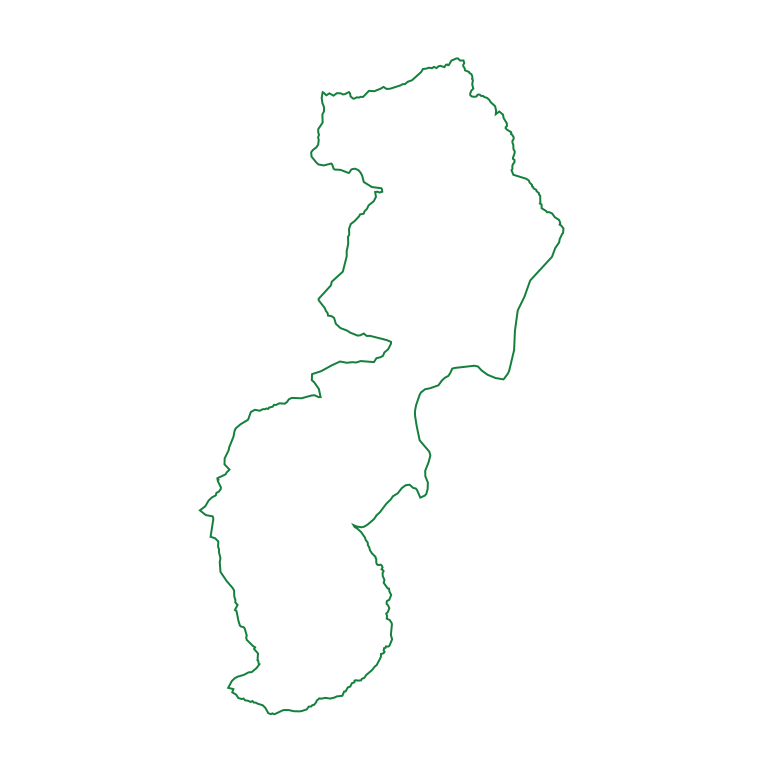 outline of Une, Cundinamarca, Colombia, rotated 171°
{"feature_id": "7082276B23040184298460", "entity_name": "Une", "entity_type": "district", "adm_level": 2, "iso_a3": "COL", "parent_name": "Colombia", "parent_adm1": "Cundinamarca", "projection": "mercator", "projection_center": [-74.093, 4.305], "detail": "fine", "context": "isolated", "style": "outline", "palette": "green", "viewbox_px": 768, "rotation_deg": 171, "n_neighbors": 0, "source": "geoboundaries", "source_scale": "gbopen_adm2", "svg_char_len": 6104}
<svg xmlns="http://www.w3.org/2000/svg" viewBox="0 0 768 768"><g transform="rotate(171 384 384)"><path d="M453.5,405.0L454.7,399.1L452.6,396.5L449.1,389.2L448.7,381.0L450.8,381.3L453.9,383.6L457.1,384.0L467.8,382.8L477.2,384.7L480.3,383.8L482.6,381.4L485.0,380.1L490.4,381.3L493.9,380.2L496.0,380.6L497.5,379.0L501.1,378.7L502.3,377.5L503.9,378.2L505.5,377.7L507.7,378.1L510.8,377.0L515.5,378.7L519.9,377.2L523.8,370.0L532.1,366.6L537.5,363.3L539.1,360.6L540.9,355.5L546.7,345.9L547.9,342.7L553.0,335.5L554.1,329.6L550.0,323.6L553.2,321.3L554.7,319.5L563.3,317.0L563.4,316.1L562.5,315.2L563.4,314.3L561.3,307.5L561.7,305.7L564.1,303.4L566.5,302.7L567.6,300.3L571.7,298.9L575.5,296.3L579.6,291.2L585.6,288.0L580.5,282.4L574.0,280.1L573.6,277.6L579.2,260.2L575.0,258.1L572.3,254.4L573.4,248.9L572.8,247.0L573.3,243.7L572.8,237.5L574.1,233.9L574.9,224.0L570.3,214.1L565.4,206.2L564.4,203.5L565.1,197.6L564.6,193.9L565.0,191.5L563.2,188.7L566.6,184.1L565.2,182.8L564.8,172.6L564.1,168.0L563.3,166.9L560.7,165.8L559.8,164.2L558.9,156.9L559.8,155.2L559.6,152.8L554.5,145.8L552.5,144.1L553.8,142.7L550.6,137.5L552.1,131.1L551.7,131.0L551.4,127.0L550.9,126.7L554.4,123.3L559.8,120.1L562.8,120.4L568.0,118.6L574.5,117.8L577.3,116.8L580.7,114.5L585.4,108.3L580.5,106.2L582.1,103.2L578.6,100.3L577.0,96.6L573.7,95.1L572.0,95.3L570.7,93.3L568.0,92.5L565.4,90.8L563.5,91.4L562.3,89.7L560.3,89.3L559.0,88.1L554.1,85.7L551.8,82.6L549.8,77.0L547.6,75.7L545.6,76.1L544.5,75.1L543.4,75.1L535.1,77.5L533.4,77.6L529.0,76.8L523.9,74.8L517.9,73.8L515.5,74.0L511.2,74.7L508.9,77.1L506.3,76.9L505.0,78.0L503.3,78.0L500.7,80.4L500.1,81.7L497.0,83.6L495.2,83.0L491.1,83.2L486.3,81.7L481.7,82.1L479.6,82.8L473.9,82.6L471.5,86.5L470.0,86.4L467.2,90.0L464.7,90.4L462.5,93.5L459.9,94.0L459.5,95.6L458.4,95.9L456.1,95.1L453.0,94.9L452.1,96.2L449.5,96.8L446.9,99.5L440.9,103.1L437.0,106.6L435.2,107.5L429.8,114.8L429.2,117.8L426.7,118.1L425.4,119.3L426.0,121.0L425.2,123.1L423.8,123.2L423.1,124.5L420.8,124.0L419.7,124.4L415.9,130.6L416.5,134.9L413.8,145.3L413.8,146.7L415.3,150.0L418.0,151.8L417.3,154.4L417.7,156.9L415.8,158.3L413.8,161.8L414.7,164.9L415.8,166.4L415.7,167.6L414.9,169.3L412.6,170.0L409.9,174.5L411.1,178.1L411.1,181.1L412.4,181.6L415.4,187.7L414.2,190.4L415.3,194.5L414.9,197.8L413.7,199.1L413.8,199.9L415.4,201.4L414.1,203.1L414.5,204.8L415.5,206.0L418.2,206.1L419.2,207.1L419.6,208.9L419.0,212.5L419.6,213.4L419.4,214.6L422.4,218.6L423.9,222.1L424.1,224.9L425.1,227.4L424.9,230.0L426.5,232.9L426.8,235.2L429.7,241.2L433.0,245.4L435.4,247.4L436.2,249.4L433.4,247.6L428.6,246.0L425.9,246.2L422.2,247.7L414.9,252.2L411.9,255.5L408.1,258.0L400.5,265.3L395.2,269.1L392.8,271.7L387.5,273.9L382.7,278.4L378.5,280.6L374.5,280.5L371.3,276.7L368.9,275.8L368.0,274.3L365.9,266.1L361.4,267.3L359.5,268.6L357.3,273.5L356.1,279.8L357.6,286.3L356.9,291.8L352.4,299.4L349.4,306.0L349.8,310.0L357.6,322.8L358.3,337.6L358.3,347.7L357.7,352.3L355.6,358.1L350.4,367.9L348.8,369.9L344.2,372.4L339.2,372.6L330.4,374.2L326.2,378.5L322.5,380.8L319.4,381.8L317.1,384.1L314.2,388.5L311.7,388.8L291.9,387.9L288.5,386.6L285.3,381.9L280.1,376.8L272.8,372.4L265.3,369.9L264.6,370.4L259.9,375.0L258.3,377.5L250.2,397.1L246.4,415.9L240.4,435.8L231.7,448.1L223.4,463.4L198.2,483.3L193.6,491.5L188.9,496.4L187.8,499.6L184.5,504.4L183.5,505.2L182.4,509.5L184.2,512.8L185.6,513.9L184.7,515.3L185.4,518.6L189.2,522.0L191.2,526.1L194.0,527.9L196.1,528.1L196.8,529.5L200.8,532.9L200.3,536.7L201.8,537.9L201.1,539.2L200.3,545.6L201.2,546.8L201.1,548.2L203.1,550.5L203.3,552.0L205.6,553.7L205.8,555.1L206.8,555.9L206.7,557.6L208.6,560.1L209.2,562.4L211.3,564.4L223.5,570.4L224.6,575.2L223.5,576.3L223.2,579.0L222.4,580.8L220.5,582.5L220.2,583.9L220.1,585.0L221.3,586.0L221.4,586.9L218.8,591.8L218.5,593.3L219.4,595.8L218.9,599.8L219.4,602.5L219.0,604.3L217.8,605.4L217.3,607.3L218.5,610.3L219.4,610.9L219.0,612.8L222.8,616.0L223.9,617.8L223.5,618.7L222.3,619.4L221.9,622.3L224.3,628.0L224.3,631.4L227.5,635.1L231.4,633.0L230.5,636.5L230.8,641.0L234.5,645.6L235.6,648.2L237.4,650.4L240.3,651.9L240.9,652.9L243.1,653.4L244.2,654.9L246.4,655.1L247.5,653.6L249.9,653.5L252.4,654.3L253.6,655.7L253.4,657.4L251.8,660.2L249.6,661.7L250.0,666.1L248.7,670.1L249.3,671.7L248.8,672.3L248.7,674.2L249.2,676.3L251.2,678.2L251.3,679.0L254.9,681.1L255.0,683.4L256.0,685.4L255.8,686.9L254.5,688.4L254.9,691.1L258.3,691.6L260.0,694.0L261.6,694.2L266.8,692.9L270.0,689.0L270.9,688.8L271.7,689.7L272.9,689.6L274.8,687.5L278.5,689.4L280.4,689.3L282.7,687.8L285.1,689.4L287.1,688.4L290.2,689.4L292.4,688.9L296.3,689.0L298.5,686.3L308.9,679.6L313.3,678.8L316.3,677.0L318.9,677.2L320.8,676.4L331.6,674.7L335.3,675.0L338.0,677.5L341.2,676.2L347.8,674.7L353.0,675.9L359.8,670.8L362.1,671.3L363.8,670.8L365.8,671.4L368.7,670.5L369.9,670.8L372.0,673.2L372.1,676.4L373.0,677.8L377.3,676.4L379.2,676.4L381.4,677.9L385.1,678.6L388.8,676.7L392.4,679.6L395.8,678.2L398.2,681.3L398.9,681.8L399.1,681.4L400.8,676.3L400.9,671.3L399.9,666.7L400.6,662.8L402.7,659.8L403.7,651.8L409.1,646.0L409.6,642.8L409.2,640.4L410.5,637.9L410.3,635.1L411.6,630.7L413.7,628.4L417.7,626.2L419.7,624.2L420.0,619.9L416.1,613.2L414.4,611.1L409.3,609.3L401.6,610.0L400.9,609.0L400.0,604.3L399.0,603.5L393.4,602.3L386.0,598.0L385.3,598.1L382.9,600.8L381.7,601.2L379.0,601.2L375.9,599.3L374.2,596.6L373.0,593.3L372.4,586.7L365.1,580.4L356.1,577.8L355.6,576.9L355.6,574.2L358.4,573.8L360.3,574.9L362.7,575.0L362.7,570.0L365.5,566.2L371.3,562.8L373.3,559.8L376.3,557.5L377.4,555.4L381.2,555.2L382.3,553.6L387.6,549.5L391.8,547.2L394.3,542.6L395.0,536.8L396.5,535.0L397.4,528.1L400.2,520.6L400.8,516.1L407.1,501.4L419.6,493.2L421.0,489.7L434.8,478.7L435.3,478.2L435.4,476.9L430.5,468.0L430.0,465.4L428.6,462.8L428.6,460.3L425.5,459.4L423.0,457.2L422.1,450.9L418.2,446.0L412.5,442.8L409.3,440.0L402.4,435.9L400.0,435.8L396.1,437.0L393.6,434.2L390.2,433.7L374.1,426.8L370.5,424.5L370.8,422.7L374.5,417.6L378.7,415.1L380.6,412.0L383.4,411.0L387.4,410.7L390.5,407.2L403.4,410.3L408.2,409.6L411.8,410.5L417.5,410.8L423.9,413.1L432.4,410.7L444.1,406.5L453.5,405.0Z" fill="none" stroke="#15803d" stroke-width="2"/></g></svg>